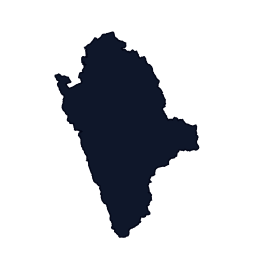 Chae Hom, Lampang, Thailand (orthographic projection), rotated 332°
{"feature_id": "78962969B2527199912665", "entity_name": "Chae Hom", "entity_type": "district", "adm_level": 2, "iso_a3": "THA", "parent_name": "Thailand", "parent_adm1": "Lampang", "projection": "orthographic", "projection_center": [99.662, 18.738], "detail": "fine", "context": "isolated", "style": "filled", "palette": "ink", "viewbox_px": 256, "rotation_deg": 332, "n_neighbors": 0, "source": "geoboundaries", "source_scale": "gbopen_adm2", "svg_char_len": 5764}
<svg xmlns="http://www.w3.org/2000/svg" viewBox="0 0 256 256"><g transform="rotate(332 128 128)"><path d="M159.9,36.8L159.6,36.3L158.6,36.0L154.4,35.2L153.6,34.8L152.0,34.9L151.1,34.2L149.7,33.7L149.1,33.8L146.7,35.2L142.6,35.8L141.8,33.6L141.0,33.0L137.7,34.8L136.1,35.3L134.3,36.2L131.8,35.9L128.5,36.8L127.7,36.6L127.8,37.1L127.4,37.7L127.7,37.8L128.2,39.5L127.6,39.8L127.2,39.8L126.9,40.3L127.3,40.8L126.3,41.9L126.2,42.3L126.5,42.5L126.0,42.9L126.4,43.1L126.6,43.9L126.1,44.2L125.8,44.1L125.0,44.7L125.3,44.9L125.3,45.7L124.7,45.3L124.5,45.6L124.3,45.2L123.2,45.4L123.2,45.1L122.5,44.9L122.5,44.6L122.1,44.2L121.7,44.3L121.7,44.0L121.5,43.9L120.4,44.4L120.6,44.7L120.4,45.0L119.7,45.3L118.2,48.6L118.5,49.1L119.3,48.8L120.0,49.1L119.8,49.6L118.8,49.7L118.2,50.5L118.4,50.7L119.6,50.6L119.7,50.8L119.0,51.8L120.1,51.8L120.3,52.2L118.4,52.5L118.4,53.3L117.6,54.3L115.0,55.7L114.6,57.5L114.0,57.6L111.8,57.0L111.2,57.0L108.3,60.2L108.4,60.6L109.5,61.5L109.6,62.1L109.1,63.7L109.1,65.4L108.5,65.7L108.2,66.3L107.8,66.4L106.6,66.4L105.4,66.0L104.3,66.1L103.2,65.8L98.8,66.1L94.6,65.6L93.8,62.8L93.7,60.3L94.1,60.0L95.8,59.9L98.5,60.6L99.1,60.4L98.8,56.7L99.0,55.3L97.5,54.1L96.2,52.3L93.8,51.6L93.3,50.9L93.1,49.6L92.1,47.9L90.7,48.0L88.6,47.4L88.2,47.8L87.9,48.7L88.3,49.8L87.9,52.1L88.2,52.7L89.2,53.7L89.2,54.3L88.2,55.4L86.9,55.8L86.4,56.4L86.0,57.8L86.3,60.1L85.6,61.9L85.9,63.8L85.5,65.0L85.8,67.7L86.7,68.3L86.8,68.8L86.3,70.9L84.1,72.6L84.0,73.9L83.1,74.4L82.7,75.9L81.9,76.2L80.4,77.7L80.2,78.3L79.7,78.8L79.3,80.6L79.7,81.3L79.3,82.0L80.3,84.3L80.0,84.9L80.2,85.4L79.9,86.0L80.4,87.4L81.2,88.5L80.0,90.7L78.6,92.0L78.2,93.0L78.4,93.7L79.4,94.7L79.1,96.6L82.0,98.5L80.8,102.5L80.8,103.4L80.1,104.4L80.6,105.2L81.7,105.5L82.2,105.8L82.7,105.8L82.9,106.4L83.6,106.6L83.8,107.8L85.3,108.8L85.5,109.3L82.2,109.7L80.9,111.5L81.0,112.0L81.7,112.7L81.3,113.6L81.5,115.0L81.3,116.1L80.4,117.8L80.1,118.7L79.7,118.9L79.1,120.9L79.2,121.2L79.1,121.8L78.5,122.7L79.0,123.9L78.3,125.6L78.7,126.6L78.8,127.9L78.2,129.5L78.4,130.2L78.3,131.6L78.9,132.3L78.5,133.1L78.6,133.9L77.1,136.4L77.6,137.2L76.5,137.5L77.7,138.6L76.4,141.7L75.9,142.4L74.7,150.4L75.0,151.5L74.7,152.5L74.2,152.9L74.3,153.7L73.4,156.1L73.3,157.7L73.0,158.8L73.5,160.5L74.2,161.7L74.9,162.1L74.6,163.2L75.1,164.1L75.0,164.8L75.9,165.8L76.0,166.3L75.9,166.7L74.7,168.0L74.6,171.9L72.9,173.5L72.9,174.1L73.4,174.7L72.0,176.7L71.3,179.8L71.8,183.4L72.5,183.9L73.0,184.7L73.3,185.9L72.8,187.2L72.8,188.4L72.1,189.8L71.6,196.8L70.8,198.3L70.0,199.1L69.3,200.9L69.5,201.9L70.1,202.8L69.5,203.3L69.5,205.1L68.7,206.0L68.5,207.1L68.0,207.8L67.5,207.7L66.9,208.2L66.8,208.6L67.0,209.6L68.0,210.0L67.9,210.5L68.6,210.9L68.5,212.0L67.7,213.1L67.7,213.5L68.5,214.8L68.5,215.7L69.1,217.4L69.6,218.0L69.5,218.8L69.2,219.4L69.5,220.4L71.1,221.0L72.9,222.2L74.4,222.8L75.8,222.5L77.3,223.0L78.6,222.2L79.6,220.8L80.2,219.0L80.8,218.8L81.5,218.1L84.0,217.8L84.6,218.2L85.6,218.0L87.5,218.3L88.3,217.9L91.6,217.8L92.7,216.9L94.5,216.9L95.2,216.4L94.9,215.6L95.1,215.0L97.6,212.6L99.0,213.0L99.4,213.4L99.4,213.7L100.1,213.8L100.3,214.1L101.8,214.1L102.2,213.2L103.2,213.3L103.7,212.9L105.0,213.9L106.7,214.1L107.3,213.3L107.2,211.4L106.7,210.5L107.8,206.3L108.4,205.7L109.2,205.8L110.6,205.5L111.0,204.3L113.7,202.4L114.9,202.5L114.9,201.7L115.7,200.7L115.9,199.5L117.2,198.1L116.9,196.9L116.9,195.3L115.9,194.8L115.8,194.5L116.9,193.8L117.7,191.5L118.2,189.6L118.1,188.8L118.4,187.9L119.3,187.6L120.5,186.3L121.4,185.9L122.5,186.4L123.0,186.4L122.5,184.7L122.6,183.5L125.8,181.2L126.7,181.1L127.4,181.7L129.6,181.6L130.4,179.8L131.3,178.9L131.7,178.1L133.5,176.9L136.0,176.6L141.0,177.9L142.1,178.8L145.4,178.8L146.6,179.0L148.0,176.3L149.3,175.5L152.1,174.8L153.1,175.4L155.2,175.9L156.0,175.3L156.8,175.1L157.3,175.5L157.8,175.4L158.3,174.4L158.9,173.9L159.8,172.5L161.4,172.5L162.3,171.6L162.9,171.4L163.6,171.5L164.9,172.7L165.7,173.0L166.6,174.0L168.0,173.6L168.5,173.8L169.5,175.0L169.8,175.8L171.1,176.1L171.9,177.2L172.8,176.9L173.3,177.2L174.0,177.0L174.7,177.5L175.5,177.4L176.3,178.1L176.9,178.2L177.6,179.3L178.4,179.1L178.7,179.4L180.5,179.0L181.2,178.3L181.5,177.0L181.2,174.2L181.7,172.4L182.5,171.3L184.1,170.3L184.5,169.4L185.3,169.0L185.6,167.8L184.8,166.0L186.2,164.7L186.0,163.8L186.4,163.3L186.5,162.3L188.0,160.8L188.2,160.0L189.0,159.2L189.2,157.4L188.8,157.2L186.1,156.9L184.0,154.9L182.7,153.0L181.2,151.9L180.6,150.6L180.2,148.3L179.9,147.7L180.2,146.9L180.0,146.1L178.7,145.9L178.3,145.3L177.1,144.9L175.9,145.0L176.0,143.7L175.7,142.4L175.2,141.7L174.3,141.4L174.1,140.7L172.9,140.9L171.9,141.5L170.9,141.7L170.3,140.8L169.7,140.7L169.1,140.1L167.2,140.1L167.3,139.1L166.9,137.1L167.5,135.4L167.1,134.6L167.2,132.4L166.5,131.6L167.1,131.1L167.3,130.1L166.9,129.1L167.0,127.9L168.1,126.3L170.7,126.3L170.8,125.3L171.2,124.8L171.1,124.2L172.0,124.3L172.4,124.1L172.5,122.9L174.1,120.3L173.8,119.2L174.0,117.9L173.9,117.2L174.4,115.2L173.6,113.9L174.1,113.2L174.9,112.9L174.9,110.5L174.8,109.0L173.4,105.3L174.5,104.3L175.0,103.2L176.9,101.9L177.4,101.1L177.4,100.4L176.5,98.8L176.5,97.5L176.0,96.4L176.5,95.4L176.0,92.1L176.3,90.8L175.9,90.1L177.2,87.2L177.4,85.0L176.7,82.4L175.4,81.3L175.2,80.2L174.9,79.7L175.1,78.8L174.7,78.6L175.3,77.8L175.2,76.5L175.9,75.3L175.8,72.9L175.5,72.6L174.4,72.7L173.2,72.0L171.4,72.2L171.1,71.9L170.9,68.7L171.4,68.2L171.2,67.0L171.5,64.3L169.5,63.9L168.8,61.7L168.5,61.3L165.1,62.2L164.7,60.8L163.6,60.6L162.6,59.2L162.2,57.5L161.3,56.8L160.1,56.7L160.0,55.8L159.4,55.3L159.5,54.7L160.4,54.4L161.5,55.0L162.8,55.3L163.6,55.0L164.5,54.5L164.9,53.3L165.7,51.9L164.4,50.4L163.6,48.8L162.4,48.2L161.4,46.9L160.6,46.3L160.0,43.6L158.9,42.0L159.1,40.0L159.5,39.3L159.4,38.4L159.9,37.8L159.9,36.8Z" fill="#0f172a" stroke="#020617" stroke-width="1.5"/></g></svg>